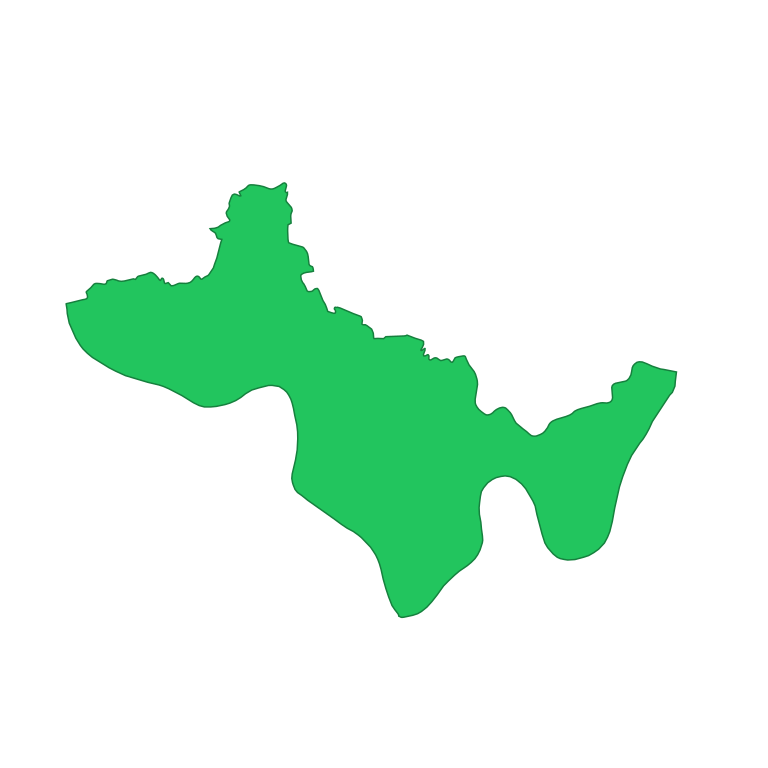 outline of Can Duoc, Long An, Vietnam, rotated 343°
{"feature_id": "81297802B37514703849012", "entity_name": "Can Duoc", "entity_type": "district", "adm_level": 2, "iso_a3": "VNM", "parent_name": "Vietnam", "parent_adm1": "Long An", "projection": "albers", "projection_center": [106.601, 10.538], "detail": "fine", "context": "isolated", "style": "filled", "palette": "green", "viewbox_px": 768, "rotation_deg": 343, "n_neighbors": 0, "source": "geoboundaries", "source_scale": "gbopen_adm2", "svg_char_len": 6171}
<svg xmlns="http://www.w3.org/2000/svg" viewBox="0 0 768 768"><g transform="rotate(343 384 384)"><path d="M102.7,250.1L104.9,258.4L106.5,262.6L109.3,267.8L112.9,273.3L125.8,288.0L131.1,293.2L139.2,300.4L158.6,313.3L168.5,319.1L172.2,321.7L176.8,325.6L187.3,335.9L196.4,346.3L201.0,350.6L205.5,353.4L211.3,355.2L217.1,356.4L225.9,357.2L231.1,357.2L237.3,356.5L243.1,355.0L248.8,352.8L255.8,351.1L263.2,351.1L273.1,351.6L276.6,352.6L283.0,355.7L286.7,360.1L288.6,363.3L289.7,366.9L290.5,371.3L290.6,375.2L290.3,380.9L289.5,387.8L288.7,397.5L287.4,404.5L285.5,411.2L281.7,421.7L277.1,430.9L269.9,443.2L268.2,447.4L267.7,451.5L267.7,453.9L268.1,458.8L269.6,462.5L272.8,466.6L277.0,472.8L296.2,497.6L302.3,505.8L306.6,511.1L311.4,515.9L315.4,521.1L317.5,524.3L323.4,536.0L324.9,540.8L326.1,545.1L326.8,549.9L327.1,554.5L327.0,560.3L326.2,570.3L326.0,580.2L326.2,588.9L326.9,598.2L328.3,602.8L330.2,607.8L330.4,609.0L330.3,610.4L330.7,610.6L331.7,611.7L332.8,612.4L334.8,612.8L338.1,613.1L344.0,613.6L349.0,613.5L353.3,612.5L359.8,609.9L366.3,606.0L373.2,601.2L381.9,594.5L387.8,591.3L395.2,587.6L401.2,585.0L410.7,582.0L415.2,580.1L419.9,577.6L423.7,574.6L427.3,570.8L431.6,564.6L432.7,562.3L433.7,558.1L434.8,551.2L436.2,544.5L437.1,536.6L438.8,530.0L440.9,525.0L443.4,519.5L445.7,515.3L449.0,512.3L454.3,508.8L459.6,507.0L464.0,506.3L468.8,506.6L473.0,507.3L477.6,509.5L482.3,513.7L486.4,519.8L488.9,525.6L492.2,539.3L492.9,544.8L492.1,553.4L491.3,573.9L491.4,583.1L492.7,588.4L496.1,596.0L499.0,600.3L501.5,602.5L504.9,604.4L508.2,606.0L515.3,607.7L524.2,608.0L529.5,607.9L535.3,606.6L541.0,604.7L548.3,600.5L553.0,595.8L556.8,591.1L562.2,582.1L568.4,570.0L579.1,551.2L585.2,542.4L593.2,532.1L599.9,524.7L611.2,515.4L615.6,512.4L619.9,508.7L624.5,504.2L629.7,498.3L653.9,478.2L657.3,476.3L661.6,471.1L663.4,466.5L667.2,458.0L655.8,451.9L652.8,450.5L645.7,445.4L641.3,441.5L637.5,438.5L634.6,437.4L632.2,437.2L629.5,438.2L627.7,439.3L626.2,441.0L624.6,444.2L622.8,447.5L619.9,450.4L617.5,451.6L615.9,451.9L605.6,451.0L603.7,451.3L602.7,451.8L601.7,452.5L600.8,454.0L598.6,463.9L597.6,465.7L596.2,466.9L594.5,467.5L591.7,467.4L587.4,465.8L585.6,465.4L582.0,465.1L574.3,465.4L565.3,465.1L561.5,465.2L558.2,465.8L555.3,467.3L552.5,468.0L548.4,468.3L538.9,468.2L534.6,468.7L532.7,469.3L531.0,470.2L529.7,471.3L527.7,473.5L523.9,476.3L521.3,477.5L518.7,478.0L514.3,478.3L512.3,477.8L510.8,477.1L509.7,476.3L508.2,474.2L506.5,471.3L503.9,467.7L498.9,460.1L498.1,457.2L497.1,450.8L496.4,448.4L494.7,444.9L493.3,442.5L491.7,441.4L490.2,440.9L487.4,440.7L484.0,441.3L481.6,442.2L479.4,443.4L476.9,444.1L474.4,444.0L472.7,443.4L471.3,442.0L469.0,438.9L467.2,436.0L466.2,433.2L465.7,430.7L465.7,428.9L466.7,425.3L473.3,411.8L474.1,408.4L474.3,406.4L474.3,401.5L473.8,398.4L470.9,390.6L470.0,384.6L469.8,381.6L469.3,380.8L468.0,380.3L463.2,379.7L461.0,379.6L459.6,379.8L456.7,382.6L455.6,383.2L454.8,382.8L454.2,382.0L453.6,380.5L452.9,379.5L452.1,378.8L451.2,378.4L446.7,378.4L445.2,378.2L444.2,377.3L442.1,374.6L440.9,374.0L439.6,373.8L435.7,374.7L434.7,374.3L434.3,373.5L434.4,372.5L435.2,370.4L434.9,369.1L434.5,368.8L433.7,368.8L431.9,369.2L430.5,368.9L430.2,368.6L430.4,367.2L433.0,363.8L433.6,362.1L433.2,361.9L430.5,362.9L429.6,362.9L429.2,362.7L429.5,361.9L431.3,360.3L433.5,357.6L434.2,354.8L432.5,353.0L427.2,349.4L420.3,344.0L418.8,344.2L417.1,343.9L399.6,339.3L396.9,340.5L391.4,338.6L387.8,337.7L387.6,337.0L388.6,332.3L388.4,329.5L388.2,327.9L384.7,323.1L383.5,321.9L381.4,321.3L380.5,320.4L380.6,319.7L381.9,317.0L382.0,314.8L381.8,312.9L380.7,311.9L375.2,307.7L364.4,298.6L361.9,297.0L360.4,296.8L359.8,296.3L359.1,296.6L358.6,297.3L358.5,298.0L359.0,299.1L358.8,301.0L357.8,302.0L356.6,301.7L354.2,300.2L351.4,298.1L351.4,294.9L351.1,290.7L350.0,286.3L349.1,275.5L348.5,273.6L348.2,273.2L347.1,272.9L345.6,272.9L343.9,273.6L342.8,274.2L341.4,274.2L339.1,273.7L338.3,273.2L337.7,272.5L337.2,267.8L336.5,264.6L335.9,263.3L335.4,260.2L335.9,256.7L336.3,255.6L338.0,254.8L339.9,254.5L342.6,254.6L347.3,255.4L349.5,255.5L349.9,253.6L350.0,251.8L349.8,250.9L348.3,249.7L347.6,248.8L347.3,247.6L348.7,240.2L349.0,237.2L348.7,234.6L347.1,230.3L346.3,229.3L345.1,228.5L337.6,223.7L334.3,221.2L334.1,220.3L334.5,217.5L336.6,209.5L337.5,206.7L338.7,203.7L342.2,203.0L343.9,196.1L344.8,194.1L346.8,191.6L347.1,189.7L347.0,188.0L344.2,181.6L343.9,180.1L344.2,178.9L347.1,174.5L347.7,172.5L347.2,172.6L346.6,172.4L346.1,171.7L345.9,171.1L346.0,170.4L348.5,166.3L348.9,165.4L348.9,164.7L348.8,164.0L348.4,163.3L347.6,162.6L346.2,162.5L342.6,163.7L338.7,164.5L336.3,164.9L334.4,164.9L332.6,164.4L331.1,163.6L326.6,160.1L322.8,157.9L317.8,155.6L314.9,154.6L313.7,154.4L312.5,154.5L310.9,155.3L309.6,156.1L306.6,157.1L303.0,157.7L301.6,158.1L302.1,162.1L301.0,162.1L298.5,159.8L297.4,159.1L296.3,158.6L294.2,159.0L292.1,161.2L289.1,165.3L288.6,166.3L288.5,167.8L288.0,169.3L286.1,171.4L283.9,173.1L283.1,174.4L283.1,177.8L284.5,181.9L284.2,182.7L283.8,183.1L283.0,183.4L279.3,183.5L276.7,184.0L274.1,184.5L271.4,185.5L269.0,185.6L267.2,185.5L263.1,184.6L263.5,186.1L264.9,187.9L266.2,189.4L266.9,190.5L267.1,192.6L267.1,195.1L267.3,195.5L267.9,196.6L271.2,198.3L269.1,201.3L261.0,214.6L257.0,219.9L254.8,223.1L248.5,228.2L247.4,228.8L244.1,229.3L240.5,230.5L240.0,230.4L239.6,230.1L238.3,227.2L237.5,226.5L236.7,226.2L235.5,226.3L234.0,227.0L232.2,228.3L230.2,229.5L228.3,230.2L225.7,230.2L224.0,229.9L218.1,227.9L216.7,227.8L212.2,228.3L211.2,228.3L209.2,227.9L207.3,224.0L204.4,224.0L203.9,223.8L203.6,223.2L203.8,219.7L203.6,218.8L203.2,218.2L202.8,218.0L202.3,218.0L200.7,219.4L200.3,219.5L199.7,218.8L198.7,215.9L197.3,212.9L195.9,210.8L194.6,209.6L193.4,209.0L191.2,209.1L188.6,209.5L180.9,209.1L179.8,209.3L176.9,211.3L175.1,210.2L165.8,209.6L162.7,209.0L160.1,207.7L158.8,206.6L156.1,204.9L154.9,204.4L149.6,204.4L149.2,204.7L148.1,206.3L147.4,206.9L145.6,206.9L141.6,204.9L138.7,203.8L137.2,203.5L135.6,203.8L131.8,206.2L126.9,208.4L126.1,209.0L126.1,210.3L126.3,211.5L126.0,213.9L125.7,214.6L124.6,215.5L122.9,215.6L120.5,215.3L108.9,214.7L103.6,214.3L103.4,214.8L102.7,219.8L101.7,224.1L100.8,233.8L102.7,250.1Z" fill="#22c55e" stroke="#15803d" stroke-width="1.5"/></g></svg>